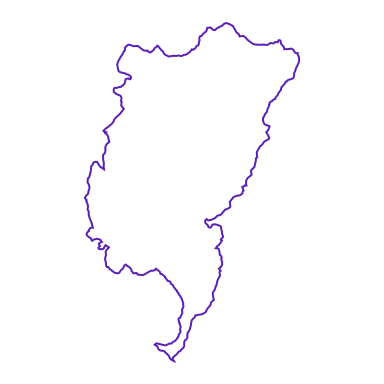 outline of Rastolita, Mures, Romania
{"feature_id": "2599482B10826612307233", "entity_name": "Rastolita", "entity_type": "district", "adm_level": 2, "iso_a3": "ROU", "parent_name": "Romania", "parent_adm1": "Mures", "projection": "mercator", "projection_center": [25.011, 47.006], "detail": "fine", "context": "isolated", "style": "outline", "palette": "violet", "viewbox_px": 384, "rotation_deg": 0, "n_neighbors": 0, "source": "geoboundaries", "source_scale": "gbopen_adm2", "svg_char_len": 5927}
<svg xmlns="http://www.w3.org/2000/svg" viewBox="0 0 384 384"><path d="M173.9,361.0L172.9,359.5L172.8,358.0L173.2,357.2L177.0,354.0L178.5,351.9L180.3,351.0L181.2,349.7L183.3,347.8L184.2,346.1L184.2,342.0L185.0,340.3L186.0,339.7L187.1,338.1L187.5,336.8L187.2,335.5L187.8,332.3L188.6,331.6L189.6,329.9L190.7,326.0L191.5,321.0L192.0,319.9L194.5,317.4L195.2,316.3L195.4,315.3L202.3,314.2L205.5,312.2L206.2,311.6L206.3,310.7L207.4,308.7L210.6,304.9L210.9,302.8L212.2,301.2L213.8,300.0L212.8,294.5L212.9,292.4L214.9,289.4L215.4,287.4L216.6,284.5L217.4,280.8L217.9,279.4L220.0,275.8L219.6,272.2L219.9,271.1L220.6,270.8L219.0,268.6L221.1,266.7L222.2,264.5L222.1,261.6L221.2,259.1L221.7,257.8L221.4,256.5L220.8,255.6L219.8,254.8L219.3,250.8L218.8,249.2L217.7,248.4L215.8,248.2L217.5,245.9L218.8,245.1L220.9,242.4L221.9,240.6L221.0,240.1L220.8,239.6L222.9,237.2L223.0,236.6L222.1,233.6L221.9,231.7L221.2,228.9L221.2,227.3L220.5,226.2L217.6,224.9L214.7,224.3L212.6,224.6L212.0,225.3L210.9,227.4L209.6,227.6L208.3,226.9L208.1,225.6L205.4,222.9L205.1,221.5L205.3,220.3L206.6,219.1L208.2,220.4L211.3,219.8L214.9,218.2L217.4,215.7L220.7,214.8L225.1,209.7L228.7,208.2L230.1,207.2L230.3,206.3L230.1,204.0L229.7,202.0L233.3,197.3L236.7,195.7L238.9,195.6L240.9,194.7L242.4,193.5L242.6,191.7L243.0,191.0L243.6,190.6L242.3,187.0L243.5,186.6L244.5,185.5L246.4,185.6L246.0,183.2L246.2,180.4L247.8,177.8L251.3,175.2L251.6,173.9L251.0,171.1L251.2,170.1L254.3,167.2L255.9,160.4L255.9,158.3L257.3,157.2L256.9,155.4L256.8,152.2L258.1,149.6L260.2,146.2L262.4,144.4L263.4,142.6L264.9,141.2L268.4,139.3L269.2,138.3L268.7,136.5L266.3,132.2L268.3,129.9L269.6,126.3L268.1,125.6L266.3,125.2L264.4,124.0L263.8,123.0L263.0,120.4L263.0,118.0L264.0,116.6L264.9,114.4L266.1,112.7L267.0,111.9L267.2,110.2L267.6,108.9L268.8,106.6L269.2,105.2L269.1,104.4L269.5,104.2L269.7,102.7L271.0,101.4L272.0,101.2L273.0,99.9L275.3,98.8L275.3,97.9L277.9,94.7L278.8,92.5L280.9,89.9L281.3,87.6L285.4,82.8L285.6,81.7L286.8,81.4L288.3,79.8L290.7,79.3L292.9,78.3L293.7,77.3L294.1,75.9L294.1,73.3L295.4,70.6L295.7,69.0L297.9,64.4L299.2,61.1L298.9,57.2L297.6,54.0L297.2,53.6L297.5,53.2L296.1,53.1L294.9,52.4L293.7,50.3L292.0,48.8L290.7,48.6L289.2,49.0L284.3,49.2L283.8,46.9L280.9,43.6L280.7,41.1L280.2,40.4L278.6,40.2L277.7,42.2L275.4,41.9L273.5,43.4L270.5,43.0L267.8,44.7L266.8,45.0L262.9,44.5L262.1,44.8L257.8,44.7L255.1,44.5L253.2,44.0L249.2,41.2L247.1,39.4L245.8,37.7L244.0,36.4L243.1,35.9L239.6,36.4L238.8,34.2L236.5,32.4L232.9,26.0L229.0,23.9L225.8,23.0L223.8,24.0L222.4,25.5L217.4,28.0L214.8,30.2L212.8,29.7L210.5,27.5L207.2,27.9L206.6,30.5L206.1,31.4L202.8,34.1L201.6,35.8L199.9,36.4L199.2,38.6L199.6,40.2L198.8,42.7L198.9,43.9L198.3,45.3L197.2,45.7L195.9,46.9L195.3,48.3L194.4,49.0L192.8,49.8L192.0,49.3L189.7,52.1L186.1,54.6L183.9,54.9L181.5,56.1L178.3,55.5L176.0,56.0L174.3,55.7L168.6,56.5L164.5,54.3L162.5,50.9L161.4,50.3L158.4,46.4L157.5,45.8L157.3,45.7L156.9,46.6L154.5,48.2L153.7,49.9L153.0,50.6L150.4,52.5L148.3,51.7L147.4,50.5L145.7,50.8L143.4,50.3L137.8,45.9L133.6,46.2L129.6,44.8L128.5,44.7L127.2,45.4L125.0,47.7L124.9,50.2L123.8,51.4L122.9,53.6L120.4,57.3L117.8,62.2L117.2,64.8L118.4,70.7L119.1,71.5L120.2,72.2L125.2,73.4L126.9,74.4L128.4,74.7L130.5,76.2L131.0,76.8L130.9,78.1L130.5,79.0L130.0,79.3L129.1,79.1L128.6,78.4L125.7,79.0L124.5,83.7L123.7,84.3L123.1,85.4L122.1,85.7L120.9,86.9L119.3,87.0L116.4,88.0L114.7,87.8L114.3,88.1L113.8,89.0L113.7,91.4L114.0,92.1L116.5,94.1L120.3,95.6L121.1,96.8L121.5,98.5L121.0,101.2L121.6,101.9L121.6,102.4L121.2,105.4L123.8,108.9L120.1,113.7L115.4,118.0L114.4,119.3L113.5,121.6L111.8,123.8L107.7,127.3L106.4,128.0L103.4,130.8L103.5,131.2L104.7,131.5L105.1,132.9L106.0,132.2L106.3,132.2L106.1,133.5L108.1,136.3L108.7,140.0L109.3,141.9L107.2,143.6L106.0,145.3L105.2,147.8L105.5,150.2L105.2,152.1L104.7,153.2L103.0,155.3L103.2,159.7L103.9,163.4L103.6,166.3L104.0,169.3L99.9,166.5L97.1,161.9L95.6,161.8L93.4,162.6L92.4,165.2L91.4,166.0L91.2,166.5L90.8,171.2L89.3,176.9L89.1,177.4L87.8,178.5L87.8,180.3L87.5,182.1L89.1,185.2L89.4,187.1L89.4,188.7L88.7,190.3L88.2,192.6L88.2,193.6L86.0,195.8L84.8,198.0L86.7,200.2L86.2,200.9L86.6,202.1L87.2,202.9L88.1,206.3L87.6,208.8L87.9,210.2L88.6,211.3L88.8,213.2L88.7,214.8L89.8,218.6L91.8,223.5L92.8,227.7L91.9,227.5L90.4,228.0L88.9,230.0L88.9,231.2L88.1,231.4L86.7,233.4L86.7,235.1L88.8,237.1L90.8,238.2L91.2,238.8L91.2,239.6L92.2,240.8L93.8,239.6L96.6,238.8L99.0,239.2L100.9,240.3L101.3,241.5L101.8,241.9L100.1,242.6L98.9,243.6L99.3,245.4L100.0,246.1L98.5,247.5L98.4,248.1L99.4,249.2L102.2,249.1L103.5,248.6L104.1,248.0L104.3,247.0L105.6,245.2L108.9,247.4L106.1,250.6L105.6,251.9L106.0,254.7L105.0,259.0L105.9,262.7L106.2,265.6L106.4,266.3L107.0,267.0L108.4,267.1L109.8,269.3L111.5,270.0L112.0,270.9L114.9,272.8L117.7,273.3L119.2,272.9L120.8,270.3L123.0,268.5L124.4,265.4L125.9,264.6L127.1,265.9L129.2,267.0L131.3,269.5L131.7,271.3L132.5,272.0L133.3,273.2L134.0,273.4L136.2,272.9L137.4,273.7L137.6,274.6L143.2,275.1L150.0,271.2L151.6,270.6L152.3,270.8L154.1,270.4L155.1,269.9L156.0,268.7L159.8,271.7L160.4,273.8L162.0,274.2L164.9,276.6L165.1,277.6L166.9,279.6L167.4,280.7L169.7,281.4L170.4,281.9L170.5,282.8L171.4,284.2L173.0,285.1L173.8,287.1L176.1,290.0L177.1,290.6L177.0,291.2L177.4,292.2L178.7,293.3L178.7,294.5L180.5,296.3L180.7,297.4L181.9,298.8L181.9,299.3L183.3,303.5L183.1,304.9L183.5,306.5L181.9,310.1L182.2,311.0L182.3,313.0L181.8,314.2L181.3,314.8L181.0,316.3L179.8,318.0L178.8,318.3L178.5,319.8L179.0,321.2L178.9,322.1L179.8,323.2L179.5,323.8L179.6,324.2L179.9,324.6L180.7,326.7L180.0,329.8L180.4,330.6L180.4,332.4L179.6,333.3L178.6,335.1L178.7,335.5L178.3,336.7L176.2,339.7L174.5,341.3L172.7,342.1L171.4,343.6L169.2,343.6L166.2,345.2L164.6,345.3L156.7,343.3L155.8,343.7L154.7,344.7L157.3,346.3L157.9,348.1L159.0,349.8L161.2,350.7L163.3,350.8L165.0,351.7L165.4,352.8L166.7,353.5L168.8,355.8L170.1,358.6L172.6,360.5L173.9,361.0Z" fill="none" stroke="#5b21b6" stroke-width="2"/></svg>